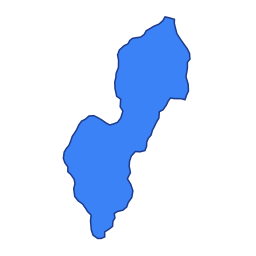 Arantina, Minas Gerais, Brazil, rotated 356°
{"feature_id": "56859067B73704269886290", "entity_name": "Arantina", "entity_type": "district", "adm_level": 2, "iso_a3": "BRA", "parent_name": "Brazil", "parent_adm1": "Minas Gerais", "projection": "equal_earth", "projection_center": [-44.228, -21.901], "detail": "fine", "context": "isolated", "style": "filled", "palette": "blue", "viewbox_px": 256, "rotation_deg": 356, "n_neighbors": 0, "source": "geoboundaries", "source_scale": "gbopen_adm2", "svg_char_len": 1536}
<svg xmlns="http://www.w3.org/2000/svg" viewBox="0 0 256 256"><g transform="rotate(356 128 128)"><path d="M64.9,167.4L67.8,170.5L70.7,175.4L71.2,179.9L69.6,184.8L70.1,192.6L73.1,197.1L77.3,200.5L80.0,205.0L82.0,208.7L85.1,212.3L84.1,218.3L84.2,223.0L84.3,227.3L85.7,232.5L90.1,236.1L93.5,236.3L97.2,235.0L97.5,230.0L101.8,227.7L105.7,225.1L106.5,219.9L108.7,216.8L108.3,212.4L111.5,210.6L117.2,209.6L121.2,206.7L123.0,202.4L126.9,197.6L128.5,191.1L126.8,184.4L123.8,178.6L127.3,172.7L126.5,166.3L127.2,161.3L129.3,156.2L133.7,152.0L138.3,152.6L143.3,151.7L145.2,147.7L145.7,143.4L147.5,139.7L150.5,136.7L152.2,131.9L154.3,128.6L156.6,124.4L159.5,120.3L160.4,113.9L164.2,112.3L167.9,107.7L170.1,103.8L172.5,101.0L176.1,101.9L180.1,102.2L183.2,102.5L186.8,103.8L188.7,99.3L190.9,95.2L191.1,88.8L189.4,80.9L191.4,72.5L191.9,66.5L194.6,63.6L194.6,58.0L192.6,53.0L189.6,48.2L186.2,42.6L183.4,37.4L182.2,31.3L181.5,26.9L181.9,22.8L176.4,20.8L172.7,19.7L170.3,23.3L166.0,26.6L161.0,28.2L156.6,30.5L153.0,32.2L150.7,35.8L147.0,38.2L142.5,38.5L138.7,38.9L135.8,40.9L133.8,44.1L129.7,45.7L124.8,49.6L122.7,54.4L123.3,59.6L122.7,66.9L120.0,72.6L119.3,77.2L118.0,81.3L117.8,87.7L118.9,95.5L122.7,98.7L121.7,106.3L124.1,110.8L121.5,117.5L118.0,121.6L113.5,123.0L110.0,123.7L106.5,121.5L102.6,118.3L98.5,115.5L94.7,113.3L89.9,113.3L86.0,116.3L82.1,117.9L79.3,121.3L76.9,125.7L74.5,129.1L71.8,132.5L70.0,136.9L67.9,141.2L65.1,144.1L62.7,147.5L61.4,153.7L62.6,158.2L65.3,162.6L64.9,167.4Z" fill="#3b82f6" stroke="#1e3a8a" stroke-width="1.5"/></g></svg>